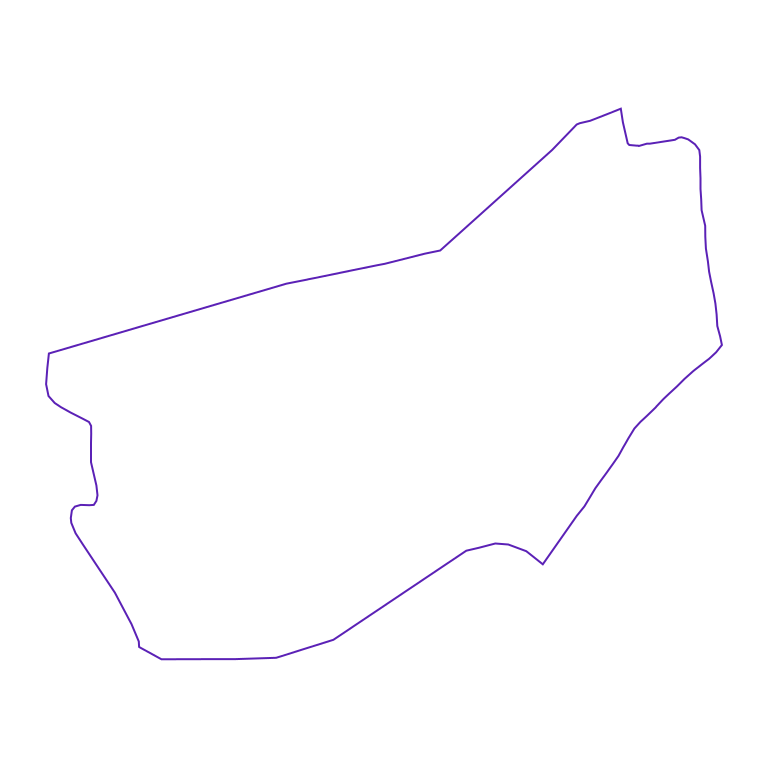 the district of Harib Al Qaramish, Sana'a, Yemen
{"feature_id": "15242507B30866630212876", "entity_name": "Harib Al Qaramish", "entity_type": "district", "adm_level": 2, "iso_a3": "YEM", "parent_name": "Yemen", "parent_adm1": "Sana'a", "projection": "equal_earth", "projection_center": [44.65, 15.466], "detail": "fine", "context": "isolated", "style": "outline", "palette": "violet", "viewbox_px": 768, "rotation_deg": 0, "n_neighbors": 0, "source": "geoboundaries", "source_scale": "gbopen_adm2", "svg_char_len": 1625}
<svg xmlns="http://www.w3.org/2000/svg" viewBox="0 0 768 768"><path d="M721.9,345.0L720.1,336.3L717.3,326.0L716.6,314.4L715.4,303.5L713.6,293.3L711.1,281.8L709.1,271.7L707.9,261.3L705.9,248.5L705.3,236.7L705.2,225.8L701.6,210.2L701.2,199.4L700.5,189.0L700.5,178.3L700.1,167.9L700.1,156.6L699.3,150.1L695.0,144.3L688.2,139.4L684.4,138.1L681.6,137.3L678.7,137.6L674.9,139.8L649.7,143.7L646.8,143.7L638.8,146.0L638.0,145.6L637.2,145.7L629.3,145.0L627.7,143.3L622.9,122.3L620.8,108.7L608.8,113.5L590.1,120.8L579.8,123.2L576.7,124.5L552.2,149.9L440.2,250.5L424.7,253.7L384.8,263.8L376.9,265.3L352.8,270.2L314.4,278.1L308.2,279.3L307.1,279.6L286.3,283.7L48.9,353.5L47.3,368.2L46.1,384.2L48.5,396.0L54.7,403.0L61.0,407.2L70.5,412.5L82.7,418.7L89.0,422.0L91.1,425.9L91.2,433.8L91.0,443.1L91.0,462.2L96.4,485.5L97.5,495.3L96.4,500.9L93.8,504.9L89.3,505.2L80.7,504.9L74.9,506.6L71.9,510.3L70.8,518.1L71.3,522.9L75.6,533.3L82.7,544.2L99.8,570.0L114.9,592.7L129.1,619.6L131.5,624.1L138.8,641.5L139.1,646.9L139.6,647.2L140.0,647.5L161.5,659.3L183.7,659.2L235.9,659.1L276.1,657.8L281.0,656.3L300.9,650.0L333.4,639.8L466.3,550.7L478.8,547.8L495.3,543.5L508.3,544.5L526.3,551.2L542.8,564.3L576.8,515.8L584.4,506.4L590.1,497.0L592.9,492.3L595.3,488.3L600.9,480.5L606.5,472.9L610.4,467.4L612.5,464.5L618.5,455.9L623.4,447.0L625.1,444.1L628.4,438.3L634.4,428.5L639.3,423.1L640.6,421.7L642.8,419.7L645.6,417.1L647.2,415.6L655.8,407.3L656.3,406.6L662.8,399.7L664.0,398.5L669.4,393.4L677.1,386.3L684.4,379.0L692.9,371.4L694.6,370.0L701.9,364.3L705.4,361.6L709.1,358.8L716.1,352.3L721.9,345.0Z" fill="none" stroke="#5b21b6" stroke-width="2"/></svg>